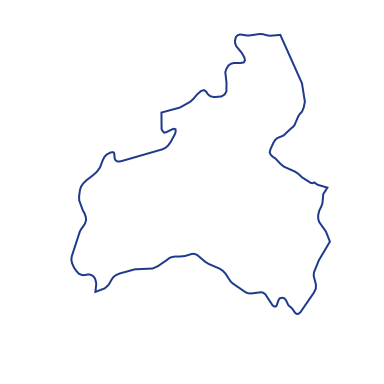 the County of Harghita, rotated 257°
{"feature_id": "ROU-307", "entity_name": "Harghita", "entity_type": "County", "adm_level": 1, "iso_a3": "ROU", "parent_name": "Romania", "parent_adm1": "", "projection": "equal_earth", "projection_center": [25.588, 46.623], "detail": "fine", "context": "isolated", "style": "outline", "palette": "blue", "viewbox_px": 384, "rotation_deg": 257, "n_neighbors": 0, "source": "natural_earth", "source_scale": "10m", "svg_char_len": 2403}
<svg xmlns="http://www.w3.org/2000/svg" viewBox="0 0 384 384"><g transform="rotate(257 192 192)"><path d="M273.2,323.6L254.6,322.3L249.1,319.8L245.5,317.2L243.9,314.7L242.0,312.7L234.1,306.9L232.7,305.1L231.6,302.7L226.5,294.0L226.0,291.4L225.7,289.0L225.1,286.6L223.7,284.4L221.5,282.3L216.2,278.2L213.1,276.6L210.5,277.1L208.2,278.6L205.8,280.9L199.2,284.7L195.9,287.4L188.8,296.8L185.8,299.7L181.6,302.5L174.4,309.5L173.5,311.1L173.7,313.4L171.8,315.0L170.8,316.0L165.8,324.9L160.4,319.4L151.5,316.5L148.5,314.5L145.1,311.7L141.0,309.7L137.6,309.0L134.3,309.1L123.3,313.6L112.6,315.2L96.9,300.2L86.3,292.8L83.0,291.7L73.7,291.9L69.8,290.8L66.2,287.8L50.5,270.6L49.3,268.3L49.6,266.7L51.0,265.3L55.4,263.6L57.3,262.5L58.7,261.3L60.4,260.3L65.2,259.3L67.5,258.2L68.6,256.4L68.7,253.7L67.3,252.1L61.8,248.5L61.7,246.8L63.2,245.1L75.7,240.5L77.8,238.8L78.8,236.7L79.8,227.0L80.6,224.2L82.2,221.7L94.0,210.9L96.6,209.3L105.1,206.2L108.4,204.2L111.0,201.8L118.2,192.0L121.1,189.1L129.6,182.8L131.3,180.2L131.7,177.8L131.2,170.9L131.8,166.0L133.0,160.5L133.1,156.9L132.5,154.5L131.6,152.7L127.4,142.1L126.3,136.4L129.5,119.0L128.9,103.5L128.2,99.5L126.9,96.4L124.9,94.1L120.5,90.1L118.8,87.3L117.7,85.2L116.4,75.4L123.8,78.0L126.4,78.2L129.4,78.0L131.9,77.0L133.7,75.3L134.8,73.3L135.1,71.2L135.2,68.8L135.7,66.4L137.7,63.5L141.0,61.6L144.9,60.0L149.8,59.1L153.2,59.2L156.6,60.5L178.8,73.9L181.0,75.9L183.0,78.3L185.4,80.7L188.5,82.5L191.6,82.9L195.8,82.4L198.6,81.5L209.1,80.2L213.5,81.1L219.1,83.3L222.1,85.0L224.8,87.9L227.2,91.8L230.6,99.3L233.0,103.7L236.5,107.8L243.2,112.3L246.0,114.7L247.7,117.3L248.8,121.5L248.7,123.6L247.9,124.8L246.6,124.9L243.0,124.3L241.0,124.3L239.5,125.1L238.5,126.3L238.0,128.3L238.0,131.0L240.3,173.5L241.3,176.7L242.9,179.5L245.8,182.7L252.5,188.6L254.9,189.8L256.9,190.0L257.7,188.4L257.4,186.1L256.1,180.7L256.0,178.3L258.1,177.1L260.0,176.5L276.3,180.1L277.0,199.2L280.4,210.8L282.9,215.0L285.9,218.9L288.4,223.6L288.6,226.6L286.7,228.4L283.9,229.3L281.2,231.4L279.5,234.9L278.5,242.1L279.7,245.8L282.4,248.2L290.7,250.2L301.2,251.4L304.0,253.0L307.1,256.0L308.2,258.9L308.3,261.9L306.8,268.0L306.6,271.6L308.3,273.2L311.2,273.3L316.3,271.8L324.1,267.9L327.1,267.5L329.8,267.9L333.2,269.7L334.5,271.9L334.7,274.3L332.1,280.9L331.6,283.2L330.7,293.7L329.9,296.4L327.5,300.9L326.6,303.7L325.2,313.4L273.2,323.6Z" fill="none" stroke="#1e3a8a" stroke-width="2"/></g></svg>